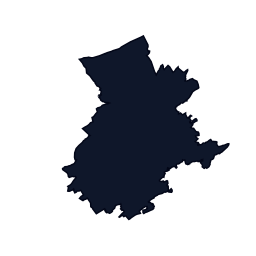 Re nor, Vestfold, Norway (Mercator projection), rotated 62°
{"feature_id": "86288312B25066460859021", "entity_name": "Re nor", "entity_type": "district", "adm_level": 2, "iso_a3": "NOR", "parent_name": "Norway", "parent_adm1": "Vestfold", "projection": "mercator", "projection_center": [10.283, 59.393], "detail": "fine", "context": "isolated", "style": "filled", "palette": "ink", "viewbox_px": 256, "rotation_deg": 62, "n_neighbors": 0, "source": "geoboundaries", "source_scale": "gbopen_adm2", "svg_char_len": 5826}
<svg xmlns="http://www.w3.org/2000/svg" viewBox="0 0 256 256"><g transform="rotate(62 128 128)"><path d="M44.5,138.7L49.2,137.7L52.6,137.8L55.6,136.9L60.0,138.7L64.0,137.1L70.2,136.3L72.0,135.5L72.7,135.9L76.3,135.6L78.0,134.1L79.6,134.0L80.1,133.6L80.3,134.2L81.2,134.4L80.9,134.8L81.1,135.1L81.4,134.6L83.2,134.4L85.1,136.1L86.2,136.1L86.0,137.2L85.3,137.9L85.8,138.2L85.9,138.8L86.7,138.1L87.2,138.4L87.5,139.3L88.9,138.7L90.6,139.0L92.8,138.0L93.0,137.4L94.8,136.1L96.6,133.0L97.3,132.5L97.2,134.4L96.5,136.5L95.9,140.1L96.6,141.7L96.5,143.2L96.0,145.3L96.3,146.9L99.6,147.5L100.2,149.6L101.9,153.2L101.8,154.8L106.1,156.0L105.8,158.7L106.6,160.6L107.0,162.8L107.0,165.8L107.2,168.4L116.8,165.1L116.5,166.5L117.5,167.6L117.9,169.8L117.7,170.9L118.2,171.3L118.4,173.3L119.3,175.0L120.4,179.6L121.8,183.4L124.9,186.7L128.8,189.0L131.2,189.6L131.9,188.5L134.1,191.9L134.3,193.6L134.0,194.1L134.1,196.7L133.6,198.4L133.6,199.0L133.8,199.1L132.7,201.6L132.6,202.4L133.1,202.8L133.0,204.6L133.3,205.0L134.3,205.1L138.9,202.8L140.9,202.7L142.8,203.4L144.0,203.1L144.5,200.0L145.8,198.4L146.2,197.1L147.4,197.1L148.8,200.6L150.7,204.0L151.2,205.7L151.3,208.6L152.4,208.4L155.4,210.8L156.2,209.8L156.5,208.5L156.3,208.0L156.7,206.6L156.2,204.6L158.3,204.9L158.1,205.3L160.3,205.4L160.3,203.5L159.7,202.4L160.7,200.8L160.6,200.0L160.8,199.0L165.9,198.6L165.8,199.0L166.3,199.4L166.4,201.5L167.4,203.9L170.5,202.2L170.4,201.3L170.9,201.4L170.7,199.8L171.1,198.7L170.7,197.0L170.8,196.8L176.6,196.2L180.1,197.8L182.2,196.8L182.8,197.1L188.8,196.2L188.3,186.6L188.9,186.4L190.1,187.2L190.4,187.0L190.3,186.4L191.3,186.6L191.5,187.1L192.8,186.6L192.9,185.7L194.7,184.2L194.6,182.0L194.2,180.9L193.4,180.8L192.5,177.4L190.9,175.9L190.8,175.0L190.5,174.8L191.3,171.4L192.0,170.9L191.7,170.1L193.4,170.4L194.1,171.4L195.5,171.2L195.9,172.5L197.9,172.0L197.8,171.1L199.8,170.5L200.4,171.2L200.6,172.8L202.3,177.7L202.7,177.5L202.7,176.6L202.4,175.7L202.5,175.0L202.2,174.6L202.5,173.9L204.3,173.3L204.2,172.3L204.6,171.2L209.1,170.2L209.1,168.9L208.7,167.2L208.2,162.6L208.3,160.6L209.2,157.1L206.6,157.0L206.1,154.9L206.2,154.3L205.8,153.8L205.6,150.5L205.3,150.0L206.0,148.7L206.6,148.6L206.5,148.1L208.2,148.6L208.0,149.6L208.5,149.8L208.5,150.5L207.6,153.4L209.8,154.5L210.9,154.2L210.7,152.1L211.1,150.6L211.0,149.8L211.2,149.0L211.2,147.5L211.5,144.3L210.9,142.9L210.3,142.9L209.7,141.7L206.5,141.6L205.9,142.4L205.9,142.8L204.3,143.3L203.3,144.7L202.8,144.7L202.4,142.8L202.1,142.5L201.9,140.4L201.9,137.8L201.4,137.6L201.0,136.2L201.1,133.6L200.8,132.5L201.8,128.6L201.6,125.9L202.3,124.9L202.4,122.8L203.6,122.1L205.2,119.7L204.8,118.9L203.5,118.2L201.9,118.4L202.5,120.5L202.1,121.7L198.1,119.8L197.4,120.6L196.8,120.5L195.6,118.7L193.3,118.0L192.8,118.3L192.6,121.8L191.3,121.8L191.0,123.7L189.6,125.0L189.1,124.9L188.7,124.5L187.8,121.1L188.0,119.5L188.2,119.4L185.8,117.5L185.8,116.7L184.0,116.7L184.0,115.1L184.5,113.3L184.4,111.4L183.6,111.3L183.2,112.8L181.8,111.7L183.6,110.1L183.5,109.0L183.0,107.8L183.4,106.9L183.3,105.6L184.5,104.6L186.0,104.3L185.7,103.3L183.7,103.0L183.0,102.5L182.9,100.8L183.5,100.1L183.1,97.5L183.2,95.7L181.9,94.8L182.4,94.5L182.8,92.9L186.1,93.7L187.2,93.6L187.7,92.5L188.0,92.5L187.9,92.2L188.3,91.8L188.0,91.7L188.5,90.6L188.2,90.5L188.1,88.7L187.7,87.4L188.1,86.9L188.1,86.1L188.7,85.5L189.6,82.3L190.6,81.9L190.6,80.8L191.0,80.9L191.3,80.5L190.9,78.9L190.7,78.7L191.0,78.3L190.8,78.1L191.7,77.8L191.3,77.1L192.0,77.4L191.9,78.2L191.5,78.6L191.6,78.9L192.9,80.2L194.6,79.7L196.3,79.9L197.1,80.7L199.4,79.7L199.3,77.7L200.5,77.3L200.2,74.9L199.8,74.2L198.5,72.5L197.2,72.0L197.0,71.5L195.4,70.1L195.1,69.6L195.3,68.0L195.0,66.8L194.6,66.7L193.5,65.0L194.0,65.9L192.6,64.7L192.5,64.2L192.8,63.4L192.9,61.8L192.7,61.5L192.9,59.8L193.5,59.6L193.6,58.8L193.2,58.0L193.3,56.5L191.4,49.2L190.1,46.9L189.2,46.4L188.7,47.6L188.4,51.2L187.9,52.4L188.1,52.6L187.8,53.4L187.9,54.1L187.4,55.2L187.3,56.5L186.6,57.1L184.8,57.4L183.2,57.0L182.2,56.1L181.2,56.8L181.0,57.6L180.2,58.4L179.5,60.1L177.0,60.4L177.0,61.8L177.6,64.6L177.3,65.4L177.2,66.3L177.8,67.0L176.6,68.6L176.7,69.5L177.2,70.2L176.7,72.3L176.1,72.8L176.3,74.1L175.9,74.5L175.4,74.3L175.1,72.8L174.0,72.8L174.0,73.4L172.9,73.8L172.3,74.9L171.4,75.0L170.4,71.3L168.0,72.3L166.8,72.2L167.8,68.9L166.7,68.9L166.8,68.2L166.2,68.0L164.7,67.8L163.1,69.7L159.1,70.2L159.1,70.7L157.0,72.4L155.6,69.4L155.2,69.7L154.3,68.3L153.9,65.7L154.0,63.7L152.8,63.3L151.7,63.6L151.5,64.5L152.0,67.4L153.5,70.3L152.4,70.8L152.1,70.1L151.5,70.4L150.9,68.8L148.5,69.5L148.7,69.0L148.4,68.8L147.9,69.0L147.2,67.2L147.2,66.3L146.4,66.7L146.3,66.1L146.2,67.1L147.2,69.8L147.0,70.9L143.4,70.9L141.8,70.1L142.0,73.7L139.4,74.6L139.3,76.7L137.6,75.7L137.4,76.2L135.1,77.1L132.6,76.8L132.1,76.4L132.0,75.1L131.6,75.0L131.3,72.1L131.5,71.4L130.6,69.4L131.7,68.0L131.3,66.3L131.4,65.5L130.8,64.2L131.7,63.4L131.2,62.9L130.7,63.1L130.3,60.9L129.4,58.8L127.6,55.9L127.6,56.4L126.4,54.6L125.9,50.5L126.0,47.7L125.7,46.6L122.4,45.6L119.0,45.2L116.3,47.3L114.7,47.9L114.2,50.6L114.5,51.8L114.2,52.8L114.2,54.0L113.1,55.5L111.9,53.9L111.2,53.9L109.8,53.4L109.3,52.7L108.4,52.6L105.3,48.3L104.5,48.0L104.6,49.7L105.2,51.6L104.6,53.2L98.8,55.5L97.6,55.1L98.4,57.8L99.7,60.1L100.1,62.1L93.6,62.5L91.6,63.3L93.4,68.6L91.9,68.8L90.2,67.9L88.4,67.8L88.6,69.8L90.6,72.0L90.6,72.4L91.4,72.9L91.8,74.3L94.4,78.2L90.6,78.1L80.2,76.4L75.4,76.8L72.8,77.6L72.5,75.9L71.7,74.0L71.2,74.0L71.0,73.3L70.2,72.8L69.6,73.5L69.6,74.0L68.8,74.2L66.9,73.7L65.7,72.2L64.0,71.4L53.9,71.2L53.9,73.9L53.1,85.2L53.3,92.8L53.4,96.0L53.8,97.1L53.8,99.0L52.7,104.8L52.6,106.6L51.7,111.3L51.8,113.1L51.5,113.1L50.9,119.1L49.5,126.0L48.8,127.4L46.9,129.7L46.7,130.8L45.3,134.0L45.2,136.4L44.5,138.7ZM208.2,142.4L207.3,142.6L207.1,142.4L208.2,142.4Z" fill="#0f172a" stroke="#020617" stroke-width="1.5"/></g></svg>